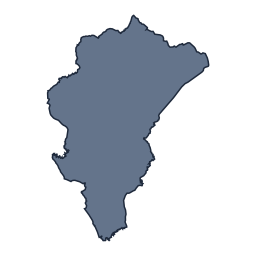 the district of Srae Ambel, Kaôh Kong, Cambodia
{"feature_id": "14789045B17636878370616", "entity_name": "Srae Ambel", "entity_type": "district", "adm_level": 2, "iso_a3": "KHM", "parent_name": "Cambodia", "parent_adm1": "Kaôh Kong", "projection": "orthographic", "projection_center": [103.727, 11.257], "detail": "fine", "context": "isolated", "style": "filled", "palette": "slate", "viewbox_px": 256, "rotation_deg": 0, "n_neighbors": 0, "source": "geoboundaries", "source_scale": "gbopen_adm2", "svg_char_len": 5709}
<svg xmlns="http://www.w3.org/2000/svg" viewBox="0 0 256 256"><path d="M133.7,15.4L132.6,16.1L131.9,17.2L130.9,21.1L130.2,22.4L130.2,23.3L129.6,23.9L128.8,25.9L128.2,26.7L127.7,27.8L126.8,28.4L126.3,28.3L126.0,28.8L125.2,29.0L125.0,30.2L124.2,30.2L124.3,30.6L124.0,31.2L123.4,31.1L122.6,31.8L121.5,32.2L120.9,33.3L120.5,33.4L119.7,32.4L119.0,32.2L117.9,30.5L115.8,30.6L112.4,28.9L109.9,28.6L107.4,29.4L106.4,30.2L105.9,31.2L104.4,32.1L103.5,32.2L102.6,33.2L102.0,34.2L98.7,36.5L98.9,37.3L98.2,38.1L94.0,35.5L92.8,35.3L91.6,35.4L90.5,36.2L89.3,35.7L87.8,36.3L85.8,36.1L85.1,36.5L83.4,36.6L81.3,37.7L81.3,38.5L80.8,39.1L80.9,41.1L80.7,41.8L79.7,42.5L78.7,44.1L78.5,45.1L77.4,44.8L77.5,45.4L77.1,45.7L77.0,46.2L76.0,47.8L75.8,51.7L76.4,52.6L76.3,55.1L77.5,58.1L77.1,58.5L77.3,59.1L76.6,59.8L76.7,60.3L75.9,61.0L76.1,62.0L75.9,63.0L76.0,63.6L77.1,63.9L78.3,64.9L79.3,66.0L79.9,67.7L79.2,68.8L77.7,69.6L77.4,72.2L76.2,73.2L75.5,72.4L75.1,72.6L74.6,73.6L73.6,74.2L73.1,73.6L72.5,73.4L71.7,74.8L70.5,75.1L70.2,75.8L69.4,75.8L68.9,75.2L68.3,76.7L67.8,76.8L67.2,77.7L65.9,77.0L65.5,76.5L64.9,76.5L64.1,77.2L63.2,76.7L62.6,76.8L61.5,77.8L61.7,78.2L61.3,78.6L60.3,78.3L59.2,78.4L58.8,79.2L59.8,80.5L59.4,81.0L59.3,82.3L58.3,82.1L56.7,84.4L53.5,86.2L51.7,88.1L51.2,88.2L49.6,90.3L47.9,90.8L48.1,91.9L47.6,92.8L47.8,98.3L48.2,98.7L49.2,99.1L49.3,99.5L47.3,103.1L49.1,104.0L50.0,105.2L49.1,108.2L50.2,113.5L50.9,115.1L53.5,118.0L55.2,119.0L58.5,120.3L61.7,123.8L63.4,125.2L64.8,125.8L66.7,127.2L67.5,128.5L68.0,129.7L66.8,137.6L65.6,139.2L65.3,140.9L65.4,141.3L64.8,141.9L65.3,142.5L65.4,143.4L65.7,143.9L65.6,144.0L65.1,143.6L65.0,143.9L65.2,144.3L64.7,145.4L64.7,146.1L64.5,146.3L64.1,146.1L64.0,146.7L64.2,147.9L64.7,148.0L64.7,148.5L65.4,149.1L65.8,148.9L66.2,150.2L68.1,150.1L67.7,151.0L67.0,151.1L66.8,151.7L66.9,151.9L68.2,151.4L67.8,152.0L68.0,152.2L66.5,153.2L65.7,153.3L65.0,152.9L65.3,154.0L64.4,154.4L65.4,154.9L64.8,156.1L65.8,156.2L65.7,156.4L64.4,156.8L63.6,157.8L62.6,158.4L62.1,158.0L62.0,157.0L61.2,158.1L60.7,158.2L59.8,157.1L60.1,156.3L59.5,155.9L58.5,157.4L58.0,156.5L57.5,156.3L56.3,157.2L55.9,155.6L56.1,155.2L56.9,155.0L57.0,154.3L56.4,154.2L54.4,155.2L54.1,154.9L54.4,153.5L53.7,153.5L52.4,154.9L52.8,155.8L52.3,157.2L52.7,157.9L52.6,158.4L53.0,159.2L53.7,159.7L55.6,162.0L55.7,162.8L56.5,163.6L57.9,165.6L58.7,167.9L60.2,170.4L60.6,171.8L63.6,175.8L64.2,177.1L64.3,178.8L66.8,179.6L71.0,181.5L71.6,180.9L73.0,180.4L74.9,180.3L79.8,181.8L83.1,183.7L83.8,183.7L84.2,183.0L85.2,183.1L84.6,185.7L85.1,186.7L85.8,187.1L85.2,189.6L82.5,191.3L81.7,191.5L81.4,191.9L81.4,192.7L81.7,193.1L82.4,193.2L82.5,193.9L83.1,195.0L84.3,196.3L85.2,198.0L85.8,198.2L86.0,198.8L86.0,200.3L86.6,201.0L86.0,201.5L85.8,202.4L85.3,203.0L86.6,205.7L86.2,207.6L85.6,208.3L84.5,208.7L89.0,214.9L92.4,220.4L93.0,222.0L92.9,223.4L93.5,224.6L94.7,225.6L94.4,225.9L95.3,227.1L97.4,231.9L99.2,237.4L100.4,237.2L101.4,236.2L101.7,236.2L101.8,236.6L101.1,237.3L101.1,238.5L102.5,239.3L103.0,240.5L103.3,240.6L105.5,240.5L105.9,239.8L105.7,238.2L106.6,237.7L107.0,237.7L107.8,239.4L109.1,240.5L109.5,240.1L108.6,239.3L108.6,238.7L111.4,237.2L111.1,236.3L111.7,235.3L112.2,235.1L112.3,234.4L113.3,235.3L113.3,234.9L114.0,234.6L113.6,234.4L113.5,233.8L112.7,233.9L113.0,233.6L113.2,232.8L113.8,233.0L114.1,232.5L114.4,232.9L114.6,232.2L115.2,232.4L115.4,232.1L116.0,232.0L116.1,231.6L116.8,231.7L117.3,231.4L117.3,230.9L117.7,231.0L117.8,230.6L117.1,230.4L117.7,229.8L118.4,229.5L118.8,229.7L119.1,229.4L119.7,229.6L120.0,229.3L120.0,228.9L120.6,228.8L120.9,228.4L121.4,228.4L121.9,227.8L122.4,228.5L122.4,228.1L123.4,228.4L123.4,228.0L123.9,227.8L124.6,228.2L124.7,227.5L126.7,227.1L126.7,226.1L125.2,222.4L125.1,221.5L125.5,220.3L125.4,216.8L126.0,214.2L125.5,209.9L124.3,206.8L123.6,200.3L125.4,195.4L127.0,193.2L128.8,193.2L129.7,192.9L133.5,190.7L134.8,190.3L136.3,188.0L138.3,185.6L140.1,185.3L142.0,185.7L142.3,185.2L142.2,184.4L142.9,183.6L141.0,182.9L141.9,182.5L142.2,181.9L142.1,181.0L141.9,180.3L141.0,179.9L140.9,180.3L141.4,180.8L141.3,181.4L140.7,181.7L140.3,181.2L140.1,178.1L140.5,177.5L143.7,175.7L146.0,172.8L146.0,171.4L146.4,170.7L146.7,170.3L147.4,170.2L147.6,169.8L147.6,168.7L147.2,168.0L147.5,167.8L147.4,166.9L148.4,167.2L150.2,165.5L150.0,164.7L149.5,164.3L150.1,163.6L150.0,163.2L149.0,163.5L149.6,162.8L149.7,161.7L150.7,161.5L152.1,159.7L152.4,159.8L153.0,160.5L154.6,159.1L154.0,157.7L154.0,156.4L153.8,156.2L153.5,156.4L153.5,157.0L153.2,157.2L152.7,155.7L153.0,154.4L151.7,153.6L151.6,152.3L150.8,152.0L150.6,151.5L150.8,150.4L150.1,147.5L149.2,145.5L148.9,143.8L147.4,142.6L147.4,141.9L147.2,141.6L146.5,141.5L145.5,140.1L143.8,139.1L143.7,138.3L144.1,137.8L144.3,137.9L144.2,138.2L144.5,138.3L146.3,137.8L148.3,135.1L149.0,133.5L150.0,133.3L150.4,131.3L149.9,129.4L150.2,129.0L150.8,128.8L151.5,127.2L151.9,127.0L152.6,127.1L154.9,125.1L153.9,124.3L154.4,123.8L153.7,122.9L154.6,122.2L156.8,121.5L157.8,120.9L157.9,120.3L158.8,119.8L159.3,117.8L158.7,115.6L159.4,114.0L173.5,97.7L181.7,86.9L185.1,83.6L187.9,82.2L201.8,72.2L203.3,70.6L203.7,68.4L205.2,67.3L207.7,66.5L208.4,66.1L208.7,65.1L208.2,61.4L207.3,57.9L205.3,53.6L202.9,52.9L201.7,53.8L200.8,53.9L198.3,52.1L196.7,51.8L195.1,48.2L194.0,46.8L189.7,42.9L187.9,42.8L183.7,44.9L183.2,45.0L182.6,43.7L182.3,43.7L180.9,44.4L179.6,44.5L176.1,47.1L175.1,46.8L174.6,46.1L173.8,46.3L173.2,46.9L170.1,47.2L168.4,45.5L167.7,43.1L166.7,41.1L165.3,41.3L163.5,40.7L163.5,38.1L162.8,36.4L161.9,35.7L160.1,34.9L154.8,34.2L153.1,31.4L151.3,31.5L148.1,30.0L147.3,29.1L146.4,29.5L147.4,27.9L147.3,27.5L143.6,24.3L141.7,24.0L140.9,22.8L139.7,22.6L138.2,19.9L138.1,18.9L137.1,18.3L136.1,18.1L133.7,15.4Z" fill="#64748b" stroke="#1e293b" stroke-width="1.5"/></svg>